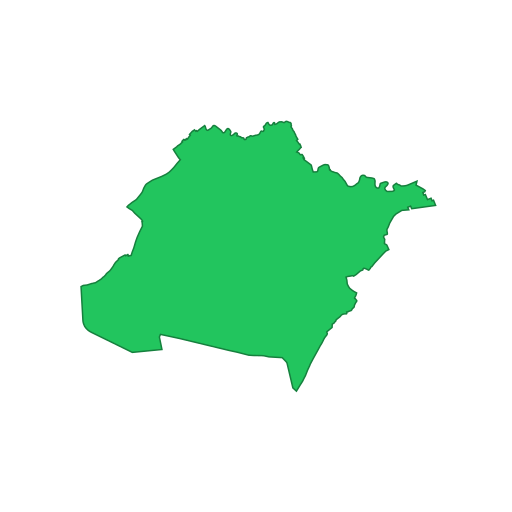 In Buri, Sing Buri, Thailand (Mercator projection), rotated 157°
{"feature_id": "78962969B87157930386242", "entity_name": "In Buri", "entity_type": "district", "adm_level": 2, "iso_a3": "THA", "parent_name": "Thailand", "parent_adm1": "Sing Buri", "projection": "mercator", "projection_center": [100.326, 15.029], "detail": "fine", "context": "isolated", "style": "filled", "palette": "green", "viewbox_px": 512, "rotation_deg": 157, "n_neighbors": 0, "source": "geoboundaries", "source_scale": "gbopen_adm2", "svg_char_len": 6070}
<svg xmlns="http://www.w3.org/2000/svg" viewBox="0 0 512 512"><g transform="rotate(157 256 256)"><path d="M379.1,206.7L376.6,219.2L374.6,221.2L358.4,209.8L317.7,179.6L310.9,174.8L301.5,167.6L297.4,165.5L289.7,162.1L287.6,161.0L283.5,158.1L271.6,152.2L270.0,148.1L269.4,146.4L269.3,145.2L273.6,120.2L271.6,115.8L265.6,120.1L262.2,122.4L259.9,124.4L257.2,126.6L253.1,130.8L249.3,134.2L248.5,135.1L243.7,139.0L234.9,145.9L232.2,148.1L229.5,150.0L227.1,152.0L226.5,152.6L224.5,154.1L222.1,155.4L221.6,155.7L220.9,156.4L220.6,157.0L220.7,158.3L220.6,158.5L213.9,160.5L212.4,163.5L212.1,163.5L210.0,163.9L209.3,164.5L208.1,164.9L207.1,166.0L202.1,167.4L200.5,168.3L198.9,168.5L197.0,168.1L195.4,167.4L195.1,167.5L194.8,167.8L194.5,168.4L194.4,169.0L193.2,168.7L191.6,168.8L189.9,168.6L189.2,168.8L187.8,169.9L186.4,170.3L185.6,170.7L184.4,172.5L183.2,173.4L182.3,174.3L181.4,174.6L181.0,175.0L180.7,175.4L180.7,175.8L181.0,176.7L181.2,177.7L181.8,178.4L181.7,178.9L179.9,180.3L179.0,181.2L177.8,182.7L179.5,184.8L180.9,186.9L182.3,189.5L182.6,190.6L182.9,193.2L182.9,194.7L181.8,198.3L181.4,201.4L179.4,201.3L176.8,200.6L175.2,200.3L174.6,200.0L174.0,199.3L171.0,199.8L165.7,201.5L163.3,201.4L162.9,201.6L162.4,202.4L161.7,202.6L160.8,202.2L159.3,200.7L157.9,199.0L157.7,198.9L155.6,200.0L154.6,200.9L153.5,201.0L149.4,203.3L138.0,208.4L134.6,209.8L131.2,210.0L131.3,215.0L131.8,215.8L132.6,216.7L132.9,217.5L132.8,217.8L132.2,218.4L131.9,219.4L131.0,221.0L131.2,223.4L131.1,223.8L129.8,225.0L127.0,224.7L126.6,224.8L126.2,225.6L125.7,227.8L125.1,229.3L122.9,231.1L120.0,234.1L115.6,237.4L113.9,238.7L110.6,240.0L103.9,241.0L97.3,238.8L97.3,241.6L94.2,241.5L94.2,238.7L70.9,232.4L70.8,238.0L72.4,238.0L72.3,240.8L76.1,240.9L76.1,243.8L76.1,246.4L77.8,246.5L77.6,249.3L75.6,249.2L74.6,250.1L76.1,252.6L81.0,258.7L78.6,262.0L88.4,262.0L90.0,262.1L92.1,262.6L94.6,263.5L95.1,263.8L96.1,265.3L96.8,265.8L97.5,266.5L98.1,267.4L98.2,268.0L98.4,268.1L101.4,267.4L102.3,267.0L102.8,266.1L102.9,265.2L102.8,263.2L103.0,262.4L104.2,262.1L105.2,262.2L109.5,263.9L110.3,264.4L111.1,266.2L111.1,267.9L110.6,268.5L110.1,268.9L107.8,269.8L106.5,270.7L106.2,271.0L106.0,271.6L106.2,272.4L106.6,272.9L107.4,273.5L108.3,273.8L110.1,274.0L113.0,274.2L113.4,274.0L114.9,271.9L116.1,270.8L116.5,270.7L116.9,270.7L118.1,271.4L118.8,272.7L118.9,274.0L118.5,275.6L117.1,278.5L116.9,280.3L117.0,280.9L117.2,281.2L118.8,282.5L123.5,285.2L123.9,285.9L124.5,287.6L125.3,288.2L126.2,288.6L126.7,288.7L127.5,288.7L128.6,288.3L129.8,287.3L131.0,285.5L132.2,284.2L133.4,283.4L135.4,283.0L136.8,282.5L139.1,282.2L140.3,282.3L142.1,283.0L143.8,284.2L144.2,284.7L144.4,285.4L144.9,290.0L145.7,292.5L146.1,294.5L147.2,296.7L147.9,298.8L148.6,300.3L149.0,300.8L150.9,302.1L151.7,303.0L153.0,304.0L153.9,305.3L154.1,306.0L154.0,306.4L154.6,306.5L154.0,309.1L153.9,310.7L154.0,311.4L154.5,312.0L156.7,313.2L157.9,313.4L158.9,313.4L162.5,313.1L163.7,312.9L164.4,312.4L166.0,310.1L166.8,309.7L167.5,309.8L170.5,311.0L170.3,313.8L169.7,317.4L169.7,318.3L174.2,326.0L173.6,326.5L174.2,327.3L174.3,327.8L173.4,327.7L173.6,328.6L173.4,329.0L173.9,331.4L174.3,331.6L175.1,331.6L175.7,332.1L175.8,332.3L176.0,333.5L176.4,334.3L177.9,335.8L176.5,336.5L174.3,337.3L172.9,338.1L172.4,338.3L172.0,338.3L171.8,339.8L171.9,341.9L172.4,341.9L173.1,345.0L173.6,346.4L171.9,347.1L172.4,350.8L172.2,352.0L172.4,354.0L172.4,355.7L172.9,357.1L172.8,358.9L173.3,360.9L173.2,361.5L172.6,361.8L172.5,362.0L172.3,363.4L171.9,364.4L172.3,365.5L173.5,366.2L174.3,367.3L175.6,368.2L176.5,368.1L178.1,367.8L179.9,369.5L182.1,370.3L183.2,370.2L185.2,369.6L187.2,369.7L187.3,370.0L186.9,371.5L187.1,371.7L187.4,371.8L188.0,371.7L189.2,370.8L189.9,370.4L190.6,370.4L191.4,370.6L192.1,371.1L192.5,371.7L192.7,372.4L192.8,374.2L193.0,374.3L194.1,374.3L194.7,374.1L196.7,372.7L197.3,372.5L198.1,372.4L198.5,372.2L198.8,371.6L198.7,369.5L200.3,368.0L200.7,367.9L201.1,368.0L202.0,368.8L202.5,368.9L203.0,368.7L204.9,367.2L205.5,366.9L206.0,366.8L207.6,366.8L209.2,367.3L212.4,367.6L213.6,368.6L214.3,368.9L215.9,368.4L216.8,368.7L217.4,368.5L218.5,368.6L219.6,367.4L219.9,367.3L220.4,367.4L221.0,367.6L221.3,368.0L221.2,369.2L221.4,369.6L223.1,370.6L223.6,371.7L223.9,372.0L224.7,372.4L225.2,373.3L226.6,373.9L226.6,374.4L225.5,375.5L225.5,376.1L225.8,376.7L226.6,377.2L227.2,377.3L227.8,377.2L229.2,376.6L230.8,376.3L231.5,376.4L232.1,376.8L232.3,377.4L232.1,378.3L231.0,379.6L230.7,380.0L230.6,380.5L230.9,382.5L231.3,383.6L231.7,384.1L232.5,384.4L233.2,384.2L233.7,384.0L235.9,382.5L236.8,382.0L237.7,382.1L238.2,382.3L238.5,382.9L238.9,384.8L239.3,385.8L242.4,391.3L243.1,392.2L243.8,392.6L244.7,392.6L247.1,391.2L251.2,390.5L251.5,390.6L252.0,391.0L252.3,391.8L252.4,392.8L252.1,395.2L252.3,396.1L258.6,394.6L261.3,393.7L261.8,394.6L262.6,394.3L263.4,396.2L265.3,395.6L265.6,395.8L269.7,393.9L269.3,392.8L271.3,391.8L273.4,390.4L273.9,391.1L275.3,390.3L275.6,391.0L276.5,390.6L277.1,391.5L279.3,390.5L279.1,389.7L281.3,388.9L281.8,388.5L282.8,388.5L283.8,388.2L285.2,388.0L286.2,387.5L290.5,386.5L290.2,384.2L288.9,376.9L288.5,375.5L288.0,374.2L292.4,372.1L297.0,369.6L300.0,368.3L303.1,367.1L306.5,366.4L311.7,366.1L321.2,366.3L322.4,366.2L327.6,365.3L328.9,365.0L330.1,364.4L332.8,362.3L335.0,360.0L336.0,359.1L338.8,357.5L343.7,354.9L345.0,354.5L348.9,353.8L353.7,352.5L355.6,351.6L354.2,349.2L352.0,346.2L350.9,342.8L347.5,335.3L347.0,333.7L346.8,332.4L347.7,332.1L347.6,331.5L348.9,327.8L353.5,323.9L358.1,319.6L361.3,316.1L365.3,311.2L368.4,308.0L370.7,305.3L372.1,305.6L373.6,305.7L373.7,305.8L373.3,306.7L373.3,307.4L373.5,307.5L375.8,307.1L376.1,308.1L382.0,307.6L383.3,307.3L383.7,307.1L383.9,306.5L387.8,305.0L390.5,303.2L391.4,302.4L392.7,301.6L395.5,299.9L396.6,299.4L400.4,298.3L401.7,297.4L404.0,296.4L405.2,296.2L407.3,295.3L409.1,295.0L409.7,294.8L411.0,294.7L414.2,294.1L416.0,294.5L416.9,294.5L417.5,294.8L422.8,295.3L426.5,296.4L429.0,296.2L440.4,264.6L440.9,263.0L441.2,261.0L441.2,258.1L440.6,255.7L439.5,253.1L438.4,251.4L437.3,250.0L407.5,215.6L379.1,206.7Z" fill="#22c55e" stroke="#15803d" stroke-width="1.5"/></g></svg>